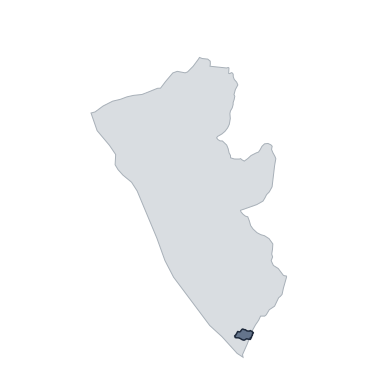 Karluway #2, Maryland, Liberia shown in context, rotated 25°
{"feature_id": "62588387B3504103493017", "entity_name": "Karluway #2", "entity_type": "district", "adm_level": 2, "iso_a3": "LBR", "parent_name": "Liberia", "parent_adm1": "Maryland", "projection": "albers", "projection_center": [-7.68, 4.692], "detail": "fine", "context": "in_parent", "style": "filled", "palette": "slate", "viewbox_px": 384, "rotation_deg": 25, "n_neighbors": 0, "source": "geoboundaries", "source_scale": "gbopen_adm2", "svg_char_len": 3863}
<svg xmlns="http://www.w3.org/2000/svg" viewBox="0 0 384 384"><g transform="rotate(25 192 192)"><path d="M67.1,163.1L70.3,160.4L75.1,151.6L81.7,143.2L87.9,138.3L92.9,133.2L98.1,129.2L105.5,124.7L116.9,112.6L119.6,111.2L121.4,102.8L124.3,92.2L127.6,88.9L135.4,86.9L137.2,85.1L139.9,77.6L141.7,68.8L141.9,66.9L144.9,66.7L150.1,64.9L153.2,65.7L154.5,68.2L155.2,70.4L170.9,65.0L172.3,63.8L173.1,64.0L175.1,69.0L176.3,68.7L177.2,67.2L178.3,67.1L179.5,67.8L180.7,70.1L182.7,72.1L186.1,73.6L188.3,75.6L188.0,80.8L188.9,86.0L190.3,87.1L191.1,90.2L191.5,93.6L192.3,95.3L192.9,98.7L192.6,102.3L193.2,104.9L195.7,109.3L197.2,114.9L197.2,118.8L196.3,122.9L194.6,126.7L191.7,130.8L191.4,132.5L193.2,133.5L195.8,133.8L198.0,132.9L203.6,134.8L206.5,137.5L209.1,140.9L211.4,142.6L212.5,144.7L216.4,144.2L221.0,142.1L222.0,141.2L223.4,141.7L226.3,141.9L228.4,138.2L230.1,134.0L233.7,129.4L235.4,127.7L235.9,124.7L236.1,121.0L237.4,117.7L240.3,115.9L243.5,115.9L245.3,116.6L246.1,119.8L248.7,122.2L250.9,123.8L252.0,124.6L253.9,126.4L255.6,132.8L262.4,153.5L262.0,159.2L260.7,162.9L260.6,166.6L260.2,170.2L256.0,176.1L243.7,188.1L244.6,189.2L247.6,190.6L250.6,191.3L253.0,190.9L256.1,193.9L259.4,197.7L262.9,199.7L268.0,201.4L272.4,201.6L276.2,201.0L281.5,201.7L287.2,204.9L289.2,210.0L290.5,214.6L292.5,216.8L292.8,220.8L296.8,224.2L302.5,224.9L310.0,228.9L311.9,228.7L312.7,228.2L313.6,228.9L315.5,240.6L316.9,246.7L316.2,249.2L315.2,251.2L315.1,260.6L311.8,266.0L311.2,271.9L310.3,273.8L306.6,275.5L306.6,280.1L305.7,285.5L305.3,291.4L306.3,306.6L306.5,318.0L308.1,320.2L301.1,319.2L280.4,310.5L264.5,305.5L211.3,277.0L196.5,265.6L179.5,248.5L141.8,214.2L133.1,208.7L122.3,205.9L115.5,203.0L110.8,199.8L107.0,190.3L97.5,184.6L80.1,176.5L67.1,163.1Z" fill="#d9dde1" stroke="#a8b0b8" stroke-width="1"/><path d="M292.7,305.6L292.8,305.6L293.0,305.6L293.3,305.5L293.7,305.4L294.2,305.2L294.7,305.0L295.3,304.7L295.6,304.6L295.9,304.5L296.1,304.5L296.5,304.4L297.3,304.4L297.7,304.4L298.4,304.5L298.5,304.5L298.8,304.5L299.1,304.6L299.6,304.6L299.8,304.6L300.3,304.6L300.5,304.5L301.0,304.5L301.4,304.4L301.8,304.2L302.0,304.1L302.2,303.9L302.5,303.5L302.7,303.1L303.1,302.6L303.2,302.4L303.4,302.2L303.6,301.9L303.9,301.8L304.3,301.8L304.8,301.7L305.4,301.5L305.8,301.5L306.1,301.4L306.3,301.3L306.4,301.1L306.7,301.0L306.9,300.9L307.1,300.9L307.2,300.7L307.0,300.4L306.8,300.3L306.7,300.0L306.5,299.8L306.5,299.6L306.7,299.4L306.8,299.4L307.0,299.4L307.3,299.3L307.4,299.2L307.4,298.9L307.3,298.7L307.1,298.1L307.0,297.8L307.0,297.6L307.0,297.4L307.2,297.0L307.3,296.7L307.2,296.4L307.2,296.2L306.9,295.9L306.9,295.7L307.0,295.3L307.0,295.2L307.0,294.9L306.8,294.8L306.7,294.6L306.8,294.5L307.0,294.3L307.0,294.2L307.1,293.9L307.1,293.7L306.9,293.5L306.6,293.4L306.4,293.4L306.2,293.4L305.7,293.2L305.4,293.0L305.2,293.1L304.8,293.1L304.6,293.1L304.4,293.0L304.2,293.0L303.8,293.0L303.6,293.0L303.4,293.0L303.2,293.2L303.1,293.4L303.0,293.5L302.9,293.6L302.8,293.8L302.7,293.9L302.6,294.0L302.3,294.0L302.1,294.1L301.8,294.2L301.6,294.3L301.3,294.4L301.0,294.5L300.6,294.6L300.2,294.6L299.9,294.6L299.7,294.5L299.3,294.4L299.1,294.4L298.7,294.3L298.4,294.3L298.2,294.4L297.9,294.5L297.6,294.6L297.4,294.7L297.0,294.7L296.8,294.7L296.5,294.7L296.4,294.7L296.2,294.7L296.0,294.8L295.9,294.8L295.6,295.0L295.5,295.3L295.4,295.4L295.3,295.5L295.2,295.9L295.2,296.0L295.1,296.5L295.0,296.9L295.0,297.1L294.9,297.2L294.9,297.3L294.9,297.5L294.8,298.0L294.7,298.2L294.6,298.3L294.4,298.5L294.2,298.6L293.8,298.9L293.5,298.9L293.0,299.0L292.6,299.0L292.4,299.2L292.3,299.9L292.3,300.3L292.3,300.5L292.3,301.0L292.2,301.5L292.2,301.8L292.2,302.0L292.2,302.5L292.0,302.9L292.1,303.1L292.0,303.3L291.9,303.5L291.7,303.8L291.6,304.2L291.5,304.4L291.5,304.5L292.0,304.8L292.4,304.9L292.5,305.0L292.7,305.3L292.7,305.5L292.7,305.6Z" fill="#64748b" stroke="#1e293b" stroke-width="1.5"/></g></svg>